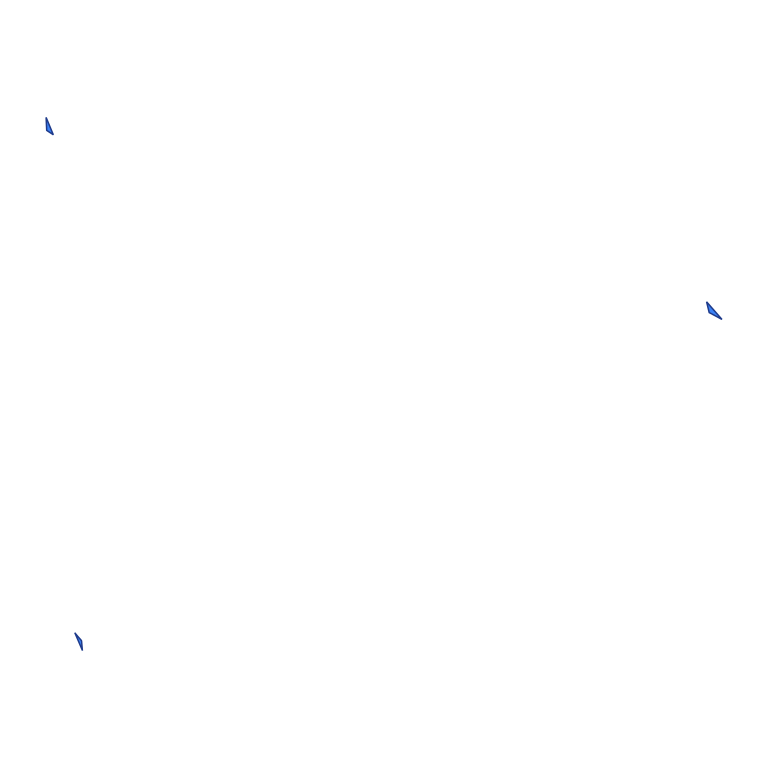 SVG path tracing the border of Vaavu
{"feature_id": "MDV-5235", "entity_name": "Vaavu", "entity_type": "Atoll", "adm_level": 1, "iso_a3": "MDV", "parent_name": "Maldives", "parent_adm1": "", "projection": "equal_earth", "projection_center": [73.599, 3.429], "detail": "fine", "context": "isolated", "style": "filled", "palette": "blue", "viewbox_px": 768, "rotation_deg": 0, "n_neighbors": 0, "source": "natural_earth", "source_scale": "10m", "svg_char_len": 384}
<svg xmlns="http://www.w3.org/2000/svg" viewBox="0 0 768 768"><path d="M706.6,301.8L707.0,302.3L721.7,319.1L721.9,319.4L716.6,316.5L709.2,312.6L708.8,311.0L706.6,301.8ZM46.1,117.4L53.2,134.5L53.4,134.8L47.0,130.6L46.7,130.3L46.1,117.4ZM74.8,632.7L75.2,633.3L77.6,636.2L81.4,640.5L81.6,641.4L82.3,649.8L82.5,650.6L74.8,632.7Z" fill="#3b82f6" stroke="#1e3a8a" stroke-width="1.5"/></svg>